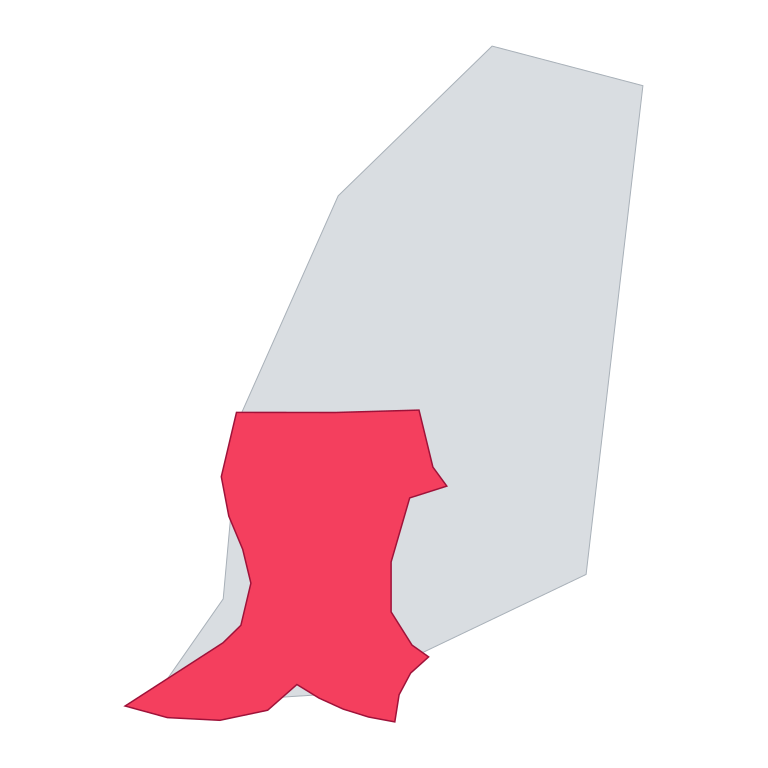 Saint George on a map of Grenada (Mercator projection)
{"feature_id": "GRD-5072", "entity_name": "Saint George", "entity_type": "Parish", "adm_level": 1, "iso_a3": "GRD", "parent_name": "Grenada", "parent_adm1": "", "projection": "mercator", "projection_center": [-61.72, 12.057], "detail": "fine", "context": "in_parent", "style": "filled", "palette": "rose", "viewbox_px": 768, "rotation_deg": 0, "n_neighbors": 0, "source": "natural_earth", "source_scale": "10m", "svg_char_len": 636}
<svg xmlns="http://www.w3.org/2000/svg" viewBox="0 0 768 768"><path d="M336.7,693.6L148.7,705.7L223.2,598.9L239.7,417.2L338.2,195.8L492.1,46.1L642.9,85.7L586.1,574.4L336.7,693.6Z" fill="#d9dde1" stroke="#a8b0b8" stroke-width="1"/><path d="M428.6,656.9L410.6,673.1L399.1,694.7L394.8,721.9L368.5,717.0L343.2,709.1L319.2,698.2L296.9,684.5L267.7,710.2L219.9,720.3L167.4,717.6L125.1,706.0L223.0,642.8L240.9,625.3L250.9,583.2L242.7,549.3L228.8,516.1L221.3,476.7L236.5,412.4L335.4,412.5L419.0,410.1L432.9,467.1L446.8,486.1L409.7,497.9L391.1,562.0L391.1,611.9L412.0,645.1L428.6,656.9Z" fill="#f43f5e" stroke="#9f1239" stroke-width="1.5"/></svg>